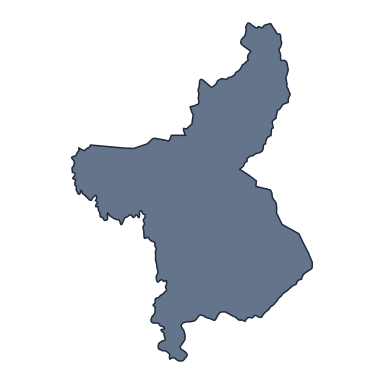 Gia Nghia, Đắk Nông, Vietnam
{"feature_id": "81297802B66925040014305", "entity_name": "Gia Nghia", "entity_type": "district", "adm_level": 2, "iso_a3": "VNM", "parent_name": "Vietnam", "parent_adm1": "Đắk Nông", "projection": "natural_earth1", "projection_center": [107.695, 12.013], "detail": "fine", "context": "isolated", "style": "filled", "palette": "slate", "viewbox_px": 384, "rotation_deg": 0, "n_neighbors": 0, "source": "geoboundaries", "source_scale": "gbopen_adm2", "svg_char_len": 5967}
<svg xmlns="http://www.w3.org/2000/svg" viewBox="0 0 384 384"><path d="M245.0,321.4L246.2,319.4L247.7,317.8L249.1,317.5L252.4,317.8L252.8,317.6L254.1,316.1L255.1,315.4L256.0,315.5L258.2,316.9L259.1,317.2L260.2,317.4L261.6,317.2L262.2,316.4L263.3,314.3L265.0,312.5L269.2,309.1L269.9,307.6L270.8,306.6L271.6,306.0L272.9,305.4L273.9,304.4L277.1,300.6L278.4,298.4L281.1,296.1L283.1,293.5L287.6,290.3L292.0,286.3L293.9,285.2L295.9,284.5L297.1,281.7L298.5,280.2L301.6,279.1L301.9,277.6L303.4,274.5L305.5,272.7L311.7,268.6L312.0,268.1L312.3,265.9L312.2,262.1L309.8,256.5L308.6,253.3L302.6,241.7L298.9,233.8L282.2,224.5L281.6,223.6L278.3,216.5L276.5,213.1L276.7,208.4L276.3,204.1L276.0,202.9L275.1,201.3L273.3,199.1L272.5,197.4L272.3,196.8L271.8,192.7L270.5,190.2L269.9,189.7L268.3,189.6L266.7,188.8L264.5,188.5L255.9,186.4L256.4,181.0L249.1,175.4L240.7,169.9L239.8,169.6L240.5,168.6L243.4,166.2L244.4,163.6L245.3,162.2L245.6,162.0L246.8,161.7L247.1,160.7L247.1,158.5L247.4,158.2L250.4,156.1L253.3,155.6L255.5,153.7L260.1,152.5L262.3,150.9L263.1,148.9L263.5,145.3L264.4,144.0L265.6,143.9L265.6,141.7L267.1,137.9L267.6,137.2L268.7,136.9L269.8,135.8L271.0,135.6L271.5,129.2L271.7,128.8L273.3,127.7L272.8,126.1L272.2,121.8L273.2,120.3L276.1,118.2L276.2,117.7L276.0,116.1L276.7,114.5L277.4,110.4L279.8,109.1L282.9,104.4L288.2,102.4L288.2,100.0L288.5,98.3L290.2,94.4L289.9,93.3L288.9,91.6L288.2,89.1L286.6,86.3L287.1,84.0L286.6,81.9L285.9,77.2L286.8,75.2L288.1,70.6L288.2,69.2L286.9,62.8L286.1,61.4L284.5,60.4L281.0,60.5L280.5,58.0L280.6,55.0L279.9,52.4L279.0,49.9L279.1,49.2L280.5,47.2L281.7,42.8L280.8,39.6L280.6,36.0L280.3,34.9L280.1,34.4L279.6,34.0L277.1,33.9L275.0,30.0L273.5,28.2L270.9,23.8L270.2,23.6L265.3,24.9L263.7,25.9L262.6,27.5L261.9,27.8L258.5,26.6L258.1,26.7L257.2,28.0L256.7,28.1L256.0,27.9L252.3,25.5L250.8,24.1L248.9,23.0L247.8,23.1L245.7,27.0L246.2,29.3L245.7,33.3L244.7,35.8L244.1,36.7L242.6,38.1L241.4,39.6L240.6,42.8L241.6,44.4L243.2,45.8L250.7,51.2L248.1,54.9L247.5,58.0L247.9,59.1L248.1,60.5L246.6,61.3L244.1,64.0L242.5,64.7L240.5,68.8L238.2,71.1L235.9,72.3L234.8,74.4L233.9,75.3L231.5,76.9L228.4,77.6L226.8,79.0L226.0,79.4L221.7,78.6L220.9,78.9L218.4,80.3L217.2,81.3L216.7,83.0L215.5,84.5L213.9,86.0L211.4,87.4L203.2,80.2L201.6,79.4L200.4,79.6L199.5,81.3L199.4,85.4L198.1,90.3L198.8,93.6L198.6,96.3L198.2,98.0L198.8,101.1L198.7,103.3L198.0,104.4L196.6,104.6L194.6,105.7L191.3,106.4L190.1,107.0L192.0,112.7L193.2,114.3L191.9,123.9L186.9,128.7L183.5,128.5L183.5,130.1L184.3,132.7L185.5,135.3L171.3,135.3L169.7,139.8L168.5,141.0L164.2,139.9L154.4,138.2L152.9,138.7L152.2,139.1L147.3,143.8L133.8,148.4L124.7,148.1L90.5,145.0L90.0,146.3L89.6,146.9L88.5,147.7L86.6,148.6L84.4,150.8L80.8,149.1L78.9,147.9L78.7,148.2L79.0,150.2L78.9,150.7L77.3,152.4L76.3,154.9L75.9,155.5L75.2,156.0L72.7,156.6L71.9,157.1L71.7,157.5L71.7,158.1L73.7,160.5L74.1,161.8L74.3,163.2L73.9,165.5L73.5,166.2L72.4,167.2L72.0,168.0L72.4,172.2L74.7,173.2L75.1,174.1L74.9,175.4L72.9,177.8L72.9,178.6L73.3,178.9L75.5,179.5L75.5,180.0L74.9,182.6L74.9,184.2L75.1,185.4L76.4,186.7L76.5,187.7L76.2,188.4L76.1,189.5L77.9,193.4L78.4,194.1L78.9,194.3L79.9,193.8L80.2,193.2L81.0,190.5L81.3,190.4L82.6,193.6L84.7,195.1L89.4,199.9L90.5,200.3L91.3,200.3L91.7,199.8L92.4,198.3L95.0,195.4L95.7,195.3L96.1,195.6L96.7,198.5L96.5,199.1L95.4,200.6L97.1,202.0L97.4,202.8L97.4,203.3L96.0,204.7L95.7,205.2L95.7,206.4L96.1,206.8L97.7,206.6L98.1,206.9L98.3,207.3L98.2,209.2L98.5,210.5L99.7,212.3L100.2,216.2L100.5,216.9L100.9,217.1L102.0,217.1L102.6,217.6L104.2,220.2L104.7,220.4L106.5,220.2L107.5,219.2L107.7,218.5L107.3,214.2L107.3,213.5L107.7,213.3L108.0,213.3L108.5,213.6L109.4,215.5L114.2,218.7L116.4,219.5L119.0,220.0L119.6,220.7L120.7,224.3L121.3,224.6L121.9,224.2L124.6,218.1L125.3,217.5L127.3,216.8L129.6,215.1L130.9,215.0L131.5,215.4L132.8,217.2L133.3,217.4L134.6,216.8L135.6,215.1L136.7,214.9L137.2,215.2L138.2,217.2L138.5,217.5L139.2,217.4L139.5,216.7L139.5,212.2L140.3,210.8L140.7,210.7L141.6,211.0L142.5,213.3L143.0,214.0L145.1,214.7L145.3,216.2L144.8,217.3L143.4,219.8L143.4,220.6L143.5,221.4L144.4,222.9L144.4,224.4L143.0,226.8L143.0,227.3L143.8,231.5L144.0,236.3L144.3,238.1L144.6,238.3L145.3,238.3L147.0,237.5L148.1,237.5L150.6,240.5L151.9,241.3L154.4,242.0L155.0,243.2L154.8,245.4L155.1,246.3L156.3,248.6L156.3,249.4L155.4,251.2L155.6,255.1L155.5,260.1L156.7,264.3L156.8,267.2L157.4,268.5L157.5,270.4L158.3,272.0L156.2,276.5L156.3,279.1L156.7,280.3L157.4,281.9L157.8,282.0L158.5,281.8L160.1,280.3L161.4,279.7L162.4,280.0L163.7,281.4L164.6,281.4L165.8,280.5L166.6,280.7L166.5,284.3L166.3,285.2L165.4,286.6L165.6,287.6L166.6,289.6L166.6,290.2L166.4,290.6L164.3,292.4L163.1,293.9L160.3,295.4L159.8,296.3L158.5,297.5L156.1,298.2L155.2,299.2L155.1,302.9L153.2,304.8L153.2,305.4L153.4,305.8L155.0,307.0L155.1,311.1L154.9,312.3L154.3,314.1L152.1,316.6L151.0,319.5L151.0,321.0L151.7,322.1L152.3,322.5L153.1,323.0L157.9,323.2L159.0,323.9L160.0,325.7L160.4,326.0L162.1,326.2L162.9,326.7L164.3,328.0L164.5,328.5L164.4,329.0L164.0,329.3L161.6,329.4L161.0,329.9L161.1,330.6L163.7,332.9L164.0,333.4L164.2,336.0L165.0,337.8L165.1,339.8L164.6,340.3L161.7,341.2L159.6,342.7L158.7,343.7L158.3,345.1L158.2,347.3L158.5,348.5L158.9,349.1L159.4,349.4L160.6,349.5L161.9,350.6L165.6,350.9L168.3,352.8L169.6,354.2L169.4,358.2L169.9,359.1L172.0,357.9L173.4,357.6L175.2,358.5L177.6,360.4L179.2,361.0L182.4,360.9L183.3,360.4L186.6,356.4L187.1,355.6L187.2,355.0L186.8,353.6L185.6,352.3L183.9,350.9L181.6,349.5L180.2,347.7L180.2,346.6L184.1,341.0L184.7,339.8L185.0,338.7L185.1,336.2L184.8,333.9L183.8,330.6L181.6,327.2L181.2,325.9L181.3,325.0L182.9,322.9L185.3,322.2L187.8,321.7L190.0,321.8L194.4,320.9L196.0,319.7L198.7,316.0L199.7,315.3L201.1,315.0L202.8,315.5L206.3,317.6L209.6,318.4L213.6,320.2L214.7,320.2L215.5,319.7L218.0,314.9L220.1,312.5L221.5,311.9L224.2,311.9L225.8,312.1L232.6,315.9L235.1,316.9L238.1,319.5L239.2,320.1L241.9,320.1L244.3,320.9L245.0,321.4Z" fill="#64748b" stroke="#1e293b" stroke-width="1.5"/></svg>